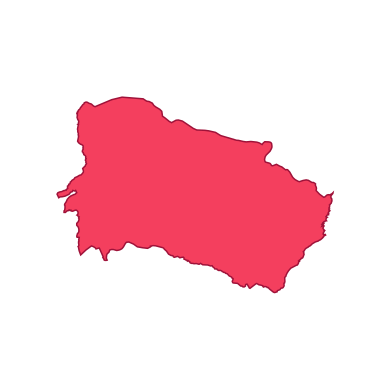 Sigsig, Azuay, Ecuador, rotated 245°
{"feature_id": "8360857B4650736479610", "entity_name": "Sigsig", "entity_type": "district", "adm_level": 2, "iso_a3": "ECU", "parent_name": "Ecuador", "parent_adm1": "Azuay", "projection": "natural_earth1", "projection_center": [-78.88, -3.133], "detail": "fine", "context": "isolated", "style": "filled", "palette": "rose", "viewbox_px": 384, "rotation_deg": 245, "n_neighbors": 0, "source": "geoboundaries", "source_scale": "gbopen_adm2", "svg_char_len": 5935}
<svg xmlns="http://www.w3.org/2000/svg" viewBox="0 0 384 384"><g transform="rotate(245 192 192)"><path d="M247.1,68.8L243.1,68.8L243.3,70.4L242.5,72.5L241.9,75.2L241.9,79.2L242.1,80.2L243.1,81.8L242.9,83.6L243.8,84.7L242.6,85.9L242.4,86.4L242.6,87.2L240.1,87.2L240.1,86.6L239.5,85.7L239.4,84.7L239.6,83.9L239.6,80.2L239.1,78.2L238.0,75.8L236.4,74.0L234.9,71.6L234.1,71.0L233.3,71.1L231.1,70.1L229.3,68.9L229.0,68.1L227.6,67.4L227.0,68.5L227.7,71.1L227.2,72.6L227.7,73.1L226.9,73.9L226.7,74.6L225.9,74.4L225.0,75.8L224.9,78.1L224.6,79.3L223.8,79.9L222.7,80.2L221.9,80.2L220.2,79.3L219.7,78.0L219.4,78.3L218.0,78.6L217.1,79.2L216.4,78.2L215.3,78.3L213.3,76.6L212.3,74.3L210.7,73.5L209.9,73.6L209.0,74.0L207.3,74.0L205.7,73.6L203.8,72.6L202.9,71.4L202.8,70.7L200.7,68.9L199.6,68.7L198.5,70.6L196.7,69.2L196.0,69.1L195.1,68.3L194.7,68.4L193.9,67.6L192.7,67.4L191.2,66.7L190.7,65.7L190.1,65.8L186.5,64.9L182.0,64.5L184.3,71.5L185.6,78.0L184.4,79.3L182.7,80.5L181.9,80.9L181.0,80.9L180.5,84.1L180.2,84.3L170.8,84.1L170.4,83.5L168.6,83.8L167.6,83.6L166.8,84.2L166.3,85.3L166.1,86.3L168.2,86.4L170.9,88.0L171.7,88.8L172.6,91.4L173.5,92.2L174.2,93.1L173.9,94.8L173.2,96.3L170.8,99.1L170.2,101.4L170.1,102.7L170.2,104.4L170.6,105.4L171.3,106.8L173.2,109.4L174.1,111.1L174.1,111.5L173.3,113.7L169.5,117.0L165.4,119.3L162.4,123.6L159.7,128.0L159.8,130.9L160.0,131.8L160.4,131.7L160.3,132.1L159.9,134.0L158.6,136.3L153.8,142.1L152.8,142.7L152.0,142.7L149.2,143.9L145.6,144.5L143.3,146.2L142.4,147.7L141.0,147.8L140.3,148.4L139.8,151.6L139.0,152.4L137.7,153.0L137.4,153.4L137.4,154.1L136.6,156.6L135.9,156.9L134.4,156.4L133.8,157.2L132.8,157.8L132.2,158.7L131.3,158.6L131.4,159.6L130.4,159.9L129.8,160.5L129.1,160.3L128.4,160.5L127.4,161.6L126.9,162.7L126.2,163.4L125.3,165.7L123.7,167.6L123.5,168.0L123.7,169.6L121.5,171.0L119.2,175.4L117.2,177.5L116.7,179.1L115.6,179.1L114.1,180.0L112.7,180.1L111.7,182.0L110.8,182.1L109.9,182.8L109.4,183.3L109.2,184.3L108.0,185.5L107.0,185.8L106.5,186.4L105.7,186.8L105.3,187.7L104.1,188.1L103.0,189.4L100.3,190.2L98.2,191.9L96.8,192.0L96.3,192.6L95.8,192.6L94.0,190.7L92.6,190.6L92.1,191.0L89.9,194.7L86.2,196.4L85.5,197.6L84.4,198.1L83.9,199.3L84.1,200.6L85.3,201.4L85.5,202.2L85.2,203.0L80.7,203.4L80.2,203.9L81.7,210.7L81.8,211.4L81.7,212.0L79.4,213.6L79.1,214.3L77.1,216.6L76.3,216.3L75.6,216.7L75.6,218.1L74.5,219.6L73.6,219.8L73.2,220.7L71.4,221.2L67.1,223.3L66.1,224.1L65.8,225.0L65.6,227.0L66.2,227.3L66.5,227.9L66.3,230.3L67.2,232.0L66.8,233.3L66.9,234.2L68.0,235.8L70.4,236.7L70.5,236.8L70.4,237.4L71.5,238.3L75.4,239.9L75.9,241.4L77.0,242.3L78.4,244.0L79.8,246.2L81.2,249.3L81.5,255.6L81.3,256.7L82.4,258.3L83.6,259.1L83.7,259.8L84.3,259.7L84.1,260.3L84.8,260.4L85.0,261.2L84.9,261.8L85.8,263.1L85.5,263.7L85.7,264.7L88.1,267.2L89.0,267.2L89.4,267.7L90.8,267.6L91.1,268.5L92.4,270.4L92.8,271.6L93.0,274.3L93.3,274.7L93.3,276.5L93.6,277.0L93.7,278.0L94.2,278.8L94.6,282.7L94.2,285.8L94.5,286.9L94.4,288.2L95.2,291.0L95.6,291.3L95.6,292.0L96.4,293.1L96.5,294.9L97.3,294.8L97.6,293.3L98.5,293.1L99.5,293.8L101.0,296.0L101.6,295.4L102.1,295.7L102.8,295.4L103.9,295.4L104.8,296.3L105.1,297.0L105.6,297.3L106.2,296.5L106.2,295.4L106.9,296.3L107.0,297.1L107.6,298.0L108.0,296.5L108.4,297.2L108.8,297.5L108.7,298.2L109.2,298.5L109.4,299.2L109.1,299.8L109.4,300.4L109.1,301.7L109.7,301.5L110.6,301.9L111.7,302.8L111.9,303.8L112.6,303.1L113.0,303.0L113.3,303.8L113.8,304.3L114.0,305.1L113.7,306.0L114.3,306.1L114.3,306.6L114.7,306.8L114.9,306.2L115.3,306.4L116.3,307.6L116.7,309.0L117.5,308.5L118.1,308.6L118.5,309.5L119.0,309.2L119.7,309.4L119.9,310.0L121.4,311.0L122.2,311.1L122.3,311.9L122.7,312.3L122.9,313.3L123.8,314.0L124.1,314.6L124.9,314.6L125.1,315.2L126.8,315.8L128.1,315.5L129.8,316.3L131.1,319.0L131.8,319.5L131.3,318.1L131.2,315.6L132.0,314.3L132.2,313.0L131.4,310.3L131.5,309.2L136.0,306.7L140.5,305.2L141.1,305.2L142.4,306.2L143.6,306.6L146.2,306.7L147.1,307.4L148.0,307.0L149.3,306.1L150.0,304.7L153.4,302.4L154.7,300.6L155.5,297.6L156.0,293.6L157.0,292.6L159.6,290.7L161.7,289.8L163.2,289.4L168.7,289.0L171.7,288.1L172.2,287.5L172.6,286.1L176.8,284.0L178.3,282.5L181.4,280.2L181.6,276.9L181.9,275.7L182.4,275.3L184.4,275.0L185.2,274.6L188.1,271.2L189.2,271.1L191.0,271.6L193.0,273.2L194.1,274.8L196.0,280.0L197.8,282.4L198.9,283.4L200.0,283.9L202.2,284.6L203.4,284.4L204.0,284.0L204.9,282.9L206.8,279.2L206.3,277.3L205.4,275.6L208.2,273.6L209.8,271.8L212.9,266.7L214.5,262.3L216.2,259.7L219.1,256.0L220.1,254.2L230.7,242.2L231.8,241.3L236.1,238.5L240.3,233.1L242.4,229.8L246.2,222.5L249.0,220.1L260.3,213.3L263.0,210.1L263.8,207.9L263.5,202.8L265.6,201.2L271.0,198.6L273.1,197.3L277.9,198.7L280.6,197.7L284.4,195.1L286.5,194.0L289.3,193.6L292.1,191.4L293.5,189.3L297.1,187.1L307.5,168.7L309.6,158.3L310.3,140.2L311.5,139.1L314.2,138.0L316.1,136.0L317.4,135.2L318.3,134.0L318.4,132.1L317.6,131.4L317.2,129.7L316.0,127.7L315.8,126.9L314.5,125.2L314.3,124.0L313.7,123.1L313.4,123.1L312.9,121.9L312.4,121.9L312.4,121.4L312.1,121.0L311.6,121.2L311.5,120.8L310.3,120.8L310.2,120.5L309.8,120.5L308.3,119.4L306.1,119.1L304.4,119.3L303.3,118.9L302.6,118.2L301.4,117.8L301.5,117.1L301.0,117.3L300.7,117.2L297.4,114.8L295.7,114.4L294.8,113.9L293.1,113.8L291.9,113.0L291.3,113.1L290.8,112.7L290.1,112.6L286.4,109.8L284.6,110.0L282.3,111.2L281.8,111.9L280.2,112.8L278.6,112.4L278.4,112.0L277.8,111.7L276.9,111.6L276.1,110.4L274.8,109.6L273.6,110.1L272.9,109.8L272.3,110.0L271.6,109.7L271.3,110.1L269.3,110.8L267.6,109.9L267.0,110.2L266.0,108.8L264.7,108.9L263.4,108.2L262.4,108.4L261.8,107.7L261.5,106.9L260.6,106.2L260.5,105.2L260.0,104.4L259.6,102.9L256.9,102.5L255.8,101.8L254.4,98.9L254.7,96.9L254.4,94.5L254.5,92.0L253.5,90.3L253.4,88.8L253.2,87.9L252.5,86.8L252.5,86.0L251.1,84.9L251.1,83.5L250.0,82.9L250.0,81.7L248.8,81.1L247.8,80.9L247.4,79.3L246.8,78.7L247.2,78.2L247.2,76.9L247.5,76.2L247.4,74.3L248.0,71.9L248.0,70.1L247.1,68.8Z" fill="#f43f5e" stroke="#9f1239" stroke-width="1.5"/></g></svg>